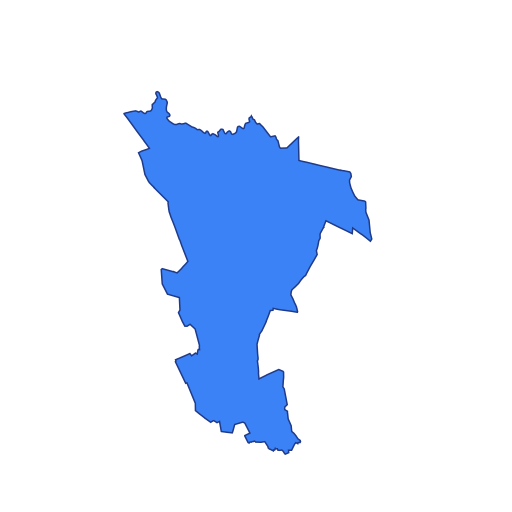 Galēnu pag., Riebinu, Latvia (Equal Earth projection), rotated 244°
{"feature_id": "27541924B64203251765316", "entity_name": "Galēnu pag.", "entity_type": "district", "adm_level": 2, "iso_a3": "LVA", "parent_name": "Latvia", "parent_adm1": "Riebinu", "projection": "equal_earth", "projection_center": [26.866, 56.452], "detail": "fine", "context": "isolated", "style": "filled", "palette": "blue", "viewbox_px": 512, "rotation_deg": 244, "n_neighbors": 0, "source": "geoboundaries", "source_scale": "gbopen_adm2", "svg_char_len": 6024}
<svg xmlns="http://www.w3.org/2000/svg" viewBox="0 0 512 512"><g transform="rotate(244 256 256)"><path d="M441.7,199.7L441.4,199.8L439.1,200.2L438.1,200.5L426.9,202.5L420.6,203.6L409.0,205.8L408.4,205.8L405.5,206.4L399.5,207.4L399.7,204.5L400.4,199.2L400.3,195.7L391.7,195.4L377.9,191.9L370.3,192.1L368.7,192.3L364.7,193.6L362.3,194.5L362.2,194.3L343.1,200.9L342.3,200.2L342.1,200.1L336.3,198.1L333.6,197.3L332.3,197.2L328.1,196.6L323.3,196.3L317.4,195.8L305.6,194.5L304.7,194.4L303.5,194.5L297.8,193.8L294.9,193.6L294.2,193.5L281.0,192.4L279.5,188.9L278.5,186.1L277.5,183.8L277.4,183.7L276.0,179.6L275.7,178.5L275.4,177.7L277.0,176.0L278.0,175.2L277.9,175.1L278.0,174.9L285.7,166.2L285.4,164.9L272.0,159.5L260.5,159.7L252.2,168.9L240.8,164.0L239.1,161.5L229.4,161.1L224.1,161.3L223.1,163.3L223.5,166.8L217.1,169.3L200.4,166.0L199.6,165.4L196.6,164.2L197.3,163.4L197.3,163.1L196.3,162.1L193.6,160.2L195.3,159.1L194.5,154.4L197.3,153.8L197.5,148.1L198.0,138.2L196.7,138.0L196.3,137.2L172.4,137.0L172.3,138.3L168.7,138.1L150.2,136.9L143.6,133.8L138.6,136.1L133.0,138.9L132.4,139.0L132.1,139.3L126.4,142.4L126.5,142.8L126.7,145.4L126.4,146.0L123.3,147.9L123.3,150.7L113.5,147.9L113.4,148.0L110.2,152.8L107.9,156.4L108.0,156.4L107.5,157.2L108.9,158.6L113.9,163.0L112.5,171.2L112.1,171.7L110.7,172.7L99.5,172.9L99.5,167.2L99.1,167.0L91.8,167.1L90.9,167.8L91.4,169.1L90.7,170.4L90.9,171.1L90.4,172.1L90.4,173.4L88.7,174.3L88.5,175.0L86.5,178.6L85.3,182.5L79.4,183.2L78.2,182.8L76.6,183.4L76.5,183.6L75.7,184.3L73.2,186.2L74.0,186.8L73.4,187.7L74.6,188.9L74.0,189.0L73.6,190.3L73.4,190.7L72.0,190.5L71.2,191.6L70.2,194.2L68.4,194.9L66.6,195.0L65.1,195.4L64.9,199.2L67.2,200.1L65.8,202.8L69.9,208.1L70.8,210.0L69.0,211.3L69.9,212.0L69.0,213.8L69.6,214.6L69.8,214.7L70.3,214.5L70.8,214.9L73.4,213.5L76.8,213.1L78.6,212.7L80.2,212.3L82.6,211.2L88.1,213.2L95.5,213.5L100.7,215.4L100.8,215.3L102.7,216.2L105.3,214.5L106.4,214.9L107.7,215.8L108.7,218.9L124.2,223.1L126.6,222.8L132.0,225.9L134.7,227.6L139.6,229.9L140.3,229.7L140.5,229.7L144.0,226.7L144.4,213.3L144.3,212.9L144.3,208.2L144.2,204.8L149.5,206.8L150.9,207.6L154.7,209.1L161.2,211.3L161.9,212.3L163.1,213.0L167.0,214.4L175.7,218.0L176.2,218.2L178.7,220.3L183.3,224.4L183.7,224.6L184.0,224.6L184.9,226.1L186.2,228.5L189.3,232.4L192.6,236.5L192.9,236.5L193.0,236.7L197.1,241.2L200.7,244.9L199.8,247.5L201.4,248.5L198.7,251.9L197.2,254.0L191.1,263.2L187.3,268.5L187.8,269.0L192.3,270.0L195.2,270.2L196.8,270.1L201.1,270.4L205.8,270.3L208.3,271.9L209.8,273.3L210.5,275.4L211.0,277.3L212.7,282.3L214.5,285.5L215.5,287.7L216.5,290.3L216.7,292.0L218.3,294.0L223.0,300.4L224.1,302.1L227.2,306.8L230.5,311.6L234.3,312.6L236.1,314.4L238.3,316.3L242.4,319.3L242.9,320.2L244.0,321.5L247.1,322.9L248.1,323.6L252.0,329.1L252.0,329.5L252.3,329.5L253.1,330.1L257.0,334.3L247.4,341.7L233.9,352.3L238.8,355.2L230.5,359.6L228.5,360.8L224.1,363.0L219.1,365.3L220.5,367.5L227.0,368.9L238.7,373.3L246.5,373.9L247.3,374.0L250.1,375.2L250.7,375.7L254.4,377.3L256.2,378.1L256.8,378.2L257.1,378.1L257.9,377.5L261.8,372.2L266.7,371.0L271.1,371.0L275.4,371.2L276.6,371.4L280.6,372.2L283.2,373.3L285.6,376.5L288.6,377.4L290.5,377.1L294.0,372.5L294.8,371.2L296.2,369.5L296.0,369.4L298.8,366.0L310.5,351.7L318.0,342.7L320.4,339.6L322.1,337.5L323.1,336.5L333.1,341.1L341.2,344.8L344.3,346.5L344.4,346.4L344.2,346.1L343.8,344.5L341.1,336.0L341.0,335.5L339.6,331.3L339.6,331.0L342.2,325.2L343.7,324.9L349.8,326.2L350.1,326.2L351.9,325.6L354.0,326.0L355.5,325.9L355.7,325.6L356.7,321.4L356.8,321.3L369.1,318.8L372.0,317.7L373.5,317.3L373.7,316.9L374.0,314.9L376.4,314.2L379.0,314.3L380.5,313.2L382.5,313.4L383.0,313.3L383.2,313.2L383.9,313.2L383.4,312.6L383.2,311.8L383.2,311.0L383.1,310.6L382.9,310.2L382.2,309.8L381.7,309.6L380.0,309.3L379.6,309.2L379.4,309.0L379.3,308.5L379.3,307.6L379.7,305.2L379.7,304.8L379.3,304.2L378.8,303.6L377.8,302.7L377.1,302.1L376.5,301.7L376.1,301.2L376.0,300.6L376.2,300.1L377.2,299.5L379.4,298.3L379.9,297.9L380.1,297.3L380.2,296.6L379.9,295.9L379.6,295.6L377.1,293.7L376.3,293.0L375.9,292.5L375.5,291.3L375.4,290.6L375.5,288.6L375.6,288.3L376.2,287.7L376.9,287.5L378.9,287.6L379.7,287.2L380.1,286.9L380.2,286.6L380.0,284.7L379.7,284.0L379.2,283.3L379.1,282.9L379.1,282.6L379.3,282.2L379.9,281.8L380.8,281.7L383.3,281.7L384.1,281.8L384.9,281.0L385.1,280.6L385.3,279.8L384.2,277.6L384.1,276.4L384.0,276.0L383.8,275.8L383.6,275.7L381.5,275.3L380.6,275.0L380.1,274.7L379.9,274.2L380.1,273.8L380.2,273.7L380.7,273.4L381.4,273.2L382.8,272.5L384.8,270.9L384.7,270.5L384.8,270.2L384.8,269.3L384.5,268.9L384.1,268.4L384.0,268.2L384.2,267.8L384.5,267.6L385.2,267.4L388.4,267.3L389.3,267.1L389.6,266.8L389.7,266.6L389.8,266.1L389.7,265.8L388.9,264.9L388.6,264.5L388.6,264.0L388.9,263.7L390.0,262.9L392.6,261.9L394.1,261.0L394.5,260.7L395.2,258.8L395.6,258.4L397.1,257.7L397.7,257.3L398.9,256.3L400.2,254.9L401.7,254.0L404.0,252.5L405.5,251.6L406.1,251.2L406.4,250.6L406.5,249.5L407.1,247.2L407.4,246.7L408.4,245.7L408.7,245.0L408.9,243.8L409.0,242.4L409.2,241.8L409.8,240.7L410.2,240.2L411.1,239.5L415.2,237.1L417.5,236.5L418.7,236.3L419.2,236.4L419.7,236.7L419.8,237.1L419.7,238.2L419.5,238.8L419.5,239.3L419.7,239.8L420.1,240.2L420.7,240.4L421.5,240.4L422.0,240.3L422.8,240.0L424.1,239.3L425.1,239.2L425.9,239.3L427.2,239.7L428.7,240.5L429.9,241.3L431.4,242.5L432.6,243.4L433.1,243.6L433.6,243.7L435.6,243.7L436.4,243.4L436.9,242.9L438.2,240.7L438.7,240.1L440.5,240.0L444.7,240.5L445.2,240.4L446.0,240.1L446.7,239.6L447.0,239.3L447.1,238.7L447.0,238.1L446.8,237.8L446.2,237.3L445.4,237.1L444.0,237.2L443.4,237.1L442.0,237.0L441.3,236.8L441.1,236.2L440.1,234.2L439.6,233.6L438.7,232.8L437.7,229.6L437.7,229.2L437.2,229.0L436.4,228.5L434.7,227.9L434.0,227.3L432.9,225.9L432.6,225.1L432.7,224.0L433.5,221.9L433.5,221.1L432.6,219.6L432.6,219.1L432.9,218.4L433.4,218.0L434.1,217.5L436.4,216.4L436.8,215.9L436.8,214.1L436.9,213.5L438.1,212.6L439.2,211.4L439.8,209.4L440.6,206.6L441.2,203.3L441.6,202.0L441.9,200.0L441.7,199.7Z" fill="#3b82f6" stroke="#1e3a8a" stroke-width="1.5"/></g></svg>